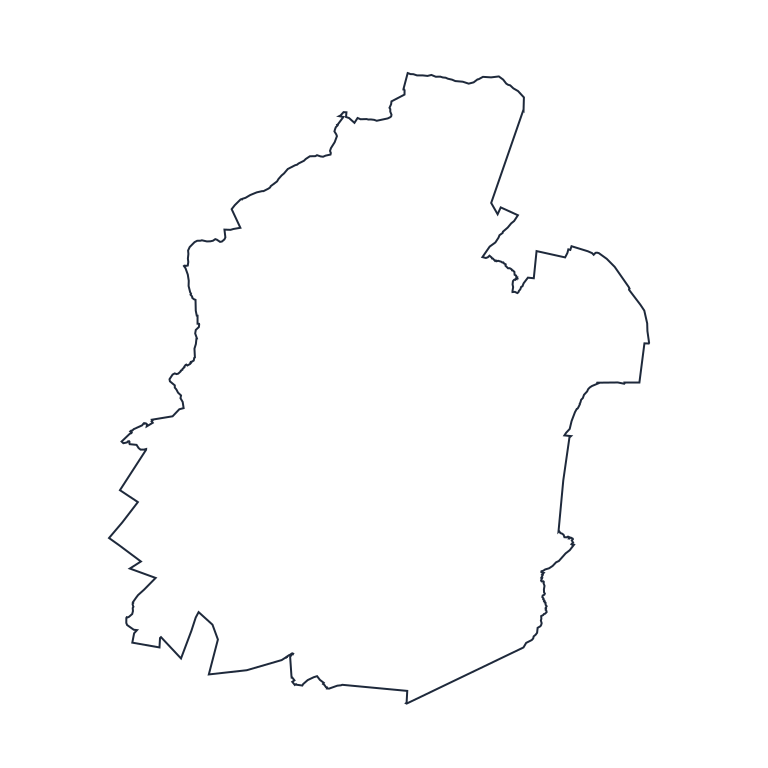 outline of General Francisco R. Murguía, Zacatecas, Mexico, rotated 275°
{"feature_id": "50627088B31059355925449", "entity_name": "General Francisco R. Murguía", "entity_type": "district", "adm_level": 2, "iso_a3": "MEX", "parent_name": "Mexico", "parent_adm1": "Zacatecas", "projection": "natural_earth1", "projection_center": [-102.697, 24.128], "detail": "fine", "context": "isolated", "style": "outline", "palette": "slate", "viewbox_px": 768, "rotation_deg": 275, "n_neighbors": 0, "source": "geoboundaries", "source_scale": "gbopen_adm2", "svg_char_len": 6135}
<svg xmlns="http://www.w3.org/2000/svg" viewBox="0 0 768 768"><g transform="rotate(275 384 384)"><path d="M312.3,135.1L303.8,127.6L302.3,129.5L303.1,132.2L303.5,133.2L304.5,133.9L304.8,135.0L304.2,135.5L302.7,135.5L301.9,135.9L301.8,142.8L298.8,145.1L297.4,147.2L297.7,150.5L298.5,152.7L297.7,152.7L255.2,130.2L244.9,149.1L223.4,135.4L206.6,123.5L200.6,133.7L186.0,157.3L178.0,146.9L170.9,173.4L158.2,162.9L152.3,157.4L149.6,155.7L144.6,152.8L144.0,153.3L142.9,152.7L140.4,153.6L140.9,154.1L138.9,153.2L135.9,153.7L132.9,153.2L129.8,150.2L129.1,148.9L129.3,148.1L128.5,147.7L123.5,148.1L121.5,149.1L117.4,156.1L117.3,159.4L113.9,156.8L104.4,155.8L102.0,183.3L111.4,183.0L112.4,183.9L92.9,205.7L121.2,213.6L135.0,216.8L140.6,219.2L129.3,234.1L115.0,240.8L79.4,234.8L86.9,272.2L100.1,306.2L102.6,309.4L102.7,310.1L103.3,310.2L103.6,311.2L104.1,311.2L105.7,313.2L106.1,314.7L106.6,314.6L107.7,316.0L107.4,317.0L106.7,316.7L106.9,315.8L103.9,314.3L84.7,317.3L83.9,317.5L84.1,317.7L81.0,320.6L79.3,318.6L76.4,321.4L77.3,322.5L76.8,323.1L76.5,328.9L78.0,329.6L82.4,333.8L85.8,339.6L87.1,342.8L83.7,345.9L81.0,350.1L79.9,349.4L79.0,350.9L77.0,352.5L76.8,353.6L75.7,353.6L75.8,355.9L79.4,363.8L80.1,367.4L80.7,368.6L80.3,433.9L68.5,434.3L67.9,433.7L67.6,434.4L133.7,545.9L138.5,548.2L141.8,553.5L143.5,554.8L145.6,555.1L147.4,556.9L149.5,558.2L154.5,558.3L156.3,560.9L157.7,561.6L159.5,561.9L162.0,560.9L163.8,561.2L166.5,560.8L167.7,562.7L168.8,563.4L169.3,564.6L171.0,565.9L172.7,565.3L173.1,564.7L174.6,565.0L174.9,564.5L176.8,565.4L178.2,564.2L180.1,564.0L180.3,563.3L180.8,563.4L181.4,562.4L182.3,562.7L183.3,561.4L184.2,561.6L185.5,560.3L187.1,560.5L188.1,562.1L189.2,562.5L190.4,561.6L193.3,561.2L196.9,561.5L199.5,560.3L200.7,560.5L201.3,560.0L201.1,558.2L201.9,557.6L204.5,558.5L204.7,557.6L207.5,558.8L207.8,558.1L209.7,559.5L209.8,558.2L210.4,557.1L211.2,557.2L211.9,559.0L213.3,560.7L214.8,564.5L217.4,567.8L221.4,571.0L222.9,573.6L231.1,579.7L234.6,583.5L240.2,587.1L240.2,585.6L240.7,584.7L241.9,585.6L242.3,586.3L244.6,584.7L245.9,585.7L246.4,585.5L247.2,583.6L247.0,582.9L246.2,582.2L246.2,581.6L247.5,582.1L248.0,580.6L247.2,579.4L247.1,577.1L249.5,576.0L250.6,574.1L250.8,572.8L252.7,571.3L252.0,570.7L303.6,571.0L346.9,573.4L348.4,574.8L348.5,568.2L351.3,569.7L355.4,572.9L363.4,574.1L372.6,576.7L376.0,578.2L376.2,578.8L377.1,579.4L380.9,580.9L381.5,580.7L382.4,581.2L385.5,581.8L387.3,583.3L390.7,584.2L394.3,587.0L396.6,587.8L398.5,589.3L400.1,591.3L403.2,597.2L403.8,595.5L405.9,616.8L405.2,623.3L405.8,623.7L406.4,623.5L407.7,638.3L447.2,639.9L447.4,644.2L448.1,644.5L459.7,641.8L467.3,640.9L479.8,636.9L485.2,632.6L499.1,620.0L499.7,619.8L500.4,620.3L502.0,619.3L520.8,603.6L528.1,595.0L533.1,586.6L533.4,584.8L533.1,583.3L531.0,581.6L532.5,579.9L534.0,575.5L537.6,558.8L533.8,557.9L534.2,555.9L530.6,555.3L525.9,553.4L529.7,524.4L502.4,524.0L502.5,518.1L496.5,514.3L493.4,513.4L492.7,512.2L490.1,511.5L488.5,510.3L487.1,509.9L486.2,508.9L487.2,506.3L486.8,504.0L487.5,503.9L491.8,504.2L494.4,503.4L497.7,503.5L499.0,504.4L499.5,505.1L499.3,505.7L500.3,506.2L500.1,506.9L500.6,506.9L500.8,507.7L501.7,507.1L502.0,507.3L502.3,506.4L503.5,506.2L504.2,504.6L507.1,504.1L508.3,502.5L508.4,501.6L509.1,501.4L509.8,500.3L510.3,499.1L510.1,497.5L512.4,494.7L513.8,494.8L514.5,493.1L515.5,492.3L515.3,491.3L516.0,490.2L516.7,486.9L516.1,485.5L516.8,484.7L516.2,484.0L518.4,481.6L518.5,480.6L519.3,480.3L521.0,477.9L519.3,476.4L518.4,474.5L519.0,471.0L530.1,477.3L534.7,482.6L539.7,485.3L542.3,486.1L544.8,489.0L546.1,489.2L550.6,493.6L555.1,496.7L557.7,499.4L563.8,502.7L570.1,484.9L563.0,482.4L573.7,475.0L668.5,498.8L668.2,499.2L681.7,498.4L687.5,492.0L689.8,487.1L692.5,483.7L692.9,481.5L693.9,479.6L697.6,476.2L700.4,471.6L698.8,464.0L698.6,455.8L695.8,451.6L695.6,450.6L692.3,447.0L690.6,442.2L692.0,436.1L692.0,428.6L693.1,425.3L693.7,421.0L694.5,418.7L694.5,415.9L695.1,413.2L694.6,408.8L696.0,404.3L694.7,400.5L694.8,395.9L694.3,390.0L695.2,386.2L695.0,383.5L695.8,380.5L679.6,377.7L679.1,377.7L679.1,378.5L678.3,378.9L674.1,379.2L666.2,366.8L663.3,366.7L659.6,365.4L658.4,366.3L655.9,366.5L652.9,368.0L651.2,367.8L650.3,366.9L648.9,364.6L645.6,353.8L646.3,351.1L646.4,347.8L646.1,345.4L646.4,343.5L645.7,337.6L646.7,334.5L641.6,331.8L645.9,326.0L646.7,322.9L651.4,322.9L651.3,320.0L647.7,317.3L646.9,316.0L646.5,320.3L638.8,315.5L638.8,316.2L638.1,314.7L637.4,315.1L635.6,313.6L633.4,313.0L631.3,312.6L628.5,314.7L626.8,315.5L620.6,313.8L614.4,310.6L611.5,309.9L609.5,310.9L607.9,310.7L606.4,305.9L605.1,303.5L605.2,301.0L606.1,297.3L605.0,295.8L604.4,290.3L601.3,286.4L599.4,284.8L596.2,279.6L594.9,278.3L594.2,276.4L589.8,269.4L585.0,266.0L582.8,263.8L579.0,261.0L576.5,259.8L571.2,253.9L569.9,253.4L568.6,251.9L565.6,247.1L565.5,245.7L563.8,240.5L560.6,234.3L557.4,229.8L556.2,226.9L555.5,226.5L555.7,225.7L555.2,224.9L549.2,219.8L544.9,217.0L527.1,227.3L525.3,220.5L524.2,217.7L523.9,211.6L516.2,213.2L514.1,212.4L511.8,210.1L511.3,208.3L513.2,204.9L513.6,203.3L511.8,201.1L511.0,198.5L510.6,195.1L511.3,190.0L510.8,188.9L510.4,185.4L508.8,182.9L503.5,178.5L499.9,177.2L496.5,177.8L491.8,177.7L488.5,178.4L484.9,178.2L484.5,176.8L484.5,174.8L484.1,174.4L482.0,176.2L475.9,179.0L469.8,180.5L464.6,180.8L458.5,182.9L457.1,183.9L456.1,183.5L454.5,185.2L453.1,185.5L451.9,187.2L451.4,188.9L440.6,190.1L435.8,191.5L435.8,192.3L427.8,193.0L427.8,194.5L427.2,194.7L424.6,194.6L421.5,191.8L417.9,191.5L413.0,193.7L412.8,193.2L407.4,193.1L402.7,192.1L394.0,193.3L393.5,192.7L390.8,192.4L389.6,190.8L389.2,189.6L388.4,189.3L388.1,189.8L387.0,189.0L385.3,186.5L386.1,185.4L385.7,184.7L383.8,183.5L383.3,183.7L381.5,182.0L380.6,181.9L379.6,180.4L378.9,180.4L376.4,178.1L375.8,176.5L376.3,174.6L375.0,172.6L370.1,169.9L368.0,170.5L364.4,175.7L362.2,175.9L360.5,177.6L357.4,179.6L354.9,182.8L352.1,182.5L348.6,185.0L342.5,186.5L341.0,182.3L333.4,176.2L328.2,155.9L327.4,156.5L326.6,155.7L325.2,157.0L321.1,151.3L323.1,151.5L323.9,150.5L324.1,149.2L323.6,149.0L323.9,148.1L321.7,146.6L317.2,138.6L315.8,137.4L315.5,136.2L314.7,135.4L313.8,136.9L313.0,136.6L312.3,135.1Z" fill="none" stroke="#1e293b" stroke-width="2"/></g></svg>